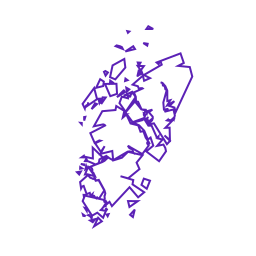 the district of Kepulauan Aru, Maluku, Indonesia, rotated 194°
{"feature_id": "22746128B17511076551422", "entity_name": "Kepulauan Aru", "entity_type": "district", "adm_level": 2, "iso_a3": "IDN", "parent_name": "Indonesia", "parent_adm1": "Maluku", "projection": "mercator", "projection_center": [134.564, -6.213], "detail": "fine", "context": "isolated", "style": "outline", "palette": "violet", "viewbox_px": 256, "rotation_deg": 194, "n_neighbors": 0, "source": "geoboundaries", "source_scale": "gbopen_adm2", "svg_char_len": 5962}
<svg xmlns="http://www.w3.org/2000/svg" viewBox="0 0 256 256"><g transform="rotate(194 128 128)"><path d="M86.3,121.7L84.1,125.7L90.8,129.6L84.4,126.4L87.7,138.4L91.8,137.2L85.8,147.5L86.6,147.5L87.8,146.0L88.8,145.3L89.5,145.0L90.5,144.9L90.8,145.3L91.1,145.7L91.2,145.4L91.2,145.1L91.4,144.8L91.6,144.8L92.0,144.8L91.2,145.8L88.2,145.8L86.3,148.7L85.6,147.8L85.6,151.6L88.4,157.0L96.5,152.6L93.5,156.3L97.6,154.6L99.9,161.3L99.6,174.3L101.1,174.6L102.6,177.5L104.4,177.7L105.4,179.9L107.4,180.2L105.5,180.1L101.9,177.6L98.9,173.7L96.4,163.7L93.7,165.2L95.4,159.6L89.5,165.2L93.2,159.4L87.9,159.1L85.6,155.0L78.1,193.5L82.8,202.1L94.4,200.4L89.6,204.6L95.1,213.1L116.1,198.5L113.8,197.3L113.3,199.6L113.0,200.1L112.4,200.3L110.6,197.6L125.4,183.3L118.7,181.7L123.8,177.7L126.2,182.4L134.0,171.2L128.5,170.9L127.1,168.9L125.1,169.8L123.7,170.1L123.3,169.9L130.9,164.0L128.0,160.2L126.7,155.8L124.6,155.9L119.3,149.3L115.1,150.0L113.2,147.1L113.1,149.2L108.8,151.7L111.6,148.3L106.8,145.0L106.3,143.5L106.5,141.3L108.2,138.3L107.5,137.1L104.0,138.8L86.3,121.7ZM137.7,101.9L134.6,93.2L122.6,105.0L120.8,105.7L119.7,105.7L116.6,105.0L118.7,108.3L119.0,108.5L120.4,108.5L121.5,108.8L121.9,109.0L122.1,109.6L122.3,109.3L123.9,110.7L107.8,106.2L103.7,115.9L105.6,117.6L105.7,118.9L105.1,119.9L108.5,122.9L112.3,128.6L115.0,127.4L118.7,133.0L126.6,133.0L132.8,140.7L135.6,136.8L135.7,143.7L144.7,146.5L144.5,142.4L157.0,138.1L161.5,121.4L153.0,125.5L151.7,125.4L151.0,125.1L150.8,124.9L163.3,113.9L156.8,105.5L152.8,109.0L151.5,109.0L156.2,105.2L148.5,98.2L146.3,104.7L148.5,96.2L137.7,101.9ZM123.6,79.4L115.7,79.2L106.9,90.9L111.3,96.5L107.3,105.1L122.2,104.9L126.7,97.7L134.4,93.0L140.2,94.6L142.8,90.5L144.9,88.6L155.2,81.3L153.3,80.1L152.5,79.0L152.2,77.5L152.4,76.6L150.8,76.2L148.3,73.2L149.0,70.5L147.7,70.9L146.3,69.3L143.8,70.6L135.8,61.9L134.2,59.1L134.2,56.7L134.4,56.4L133.4,53.6L133.6,51.9L132.9,50.9L131.9,51.8L130.9,50.7L130.9,47.9L128.1,51.9L124.7,48.3L112.2,70.9L101.4,63.2L96.7,69.6L110.0,74.4L110.3,78.8L123.6,79.4ZM89.8,103.3L85.5,114.6L87.0,117.7L89.6,120.5L95.4,117.7L91.7,125.2L97.2,125.1L105.7,136.0L108.8,135.2L114.5,140.7L116.1,139.0L124.3,134.5L117.9,133.3L111.5,129.2L105.9,121.6L103.8,124.2L99.2,117.0L104.6,109.7L89.8,103.3ZM139.0,52.6L135.9,61.7L143.9,70.3L146.6,69.0L147.9,70.7L148.3,70.2L152.6,70.6L155.5,72.6L161.4,64.0L158.9,58.0L158.5,60.0L157.0,61.1L152.1,53.8L149.4,55.8L148.0,53.2L146.7,55.1L146.8,54.0L144.5,54.0L142.8,52.4L141.4,53.1L141.2,52.3L140.6,52.8L139.0,52.6ZM133.8,43.0L132.7,45.6L131.0,50.6L133.1,50.7L134.0,52.4L153.5,52.0L154.3,46.1L141.7,34.2L137.3,38.4L130.4,34.9L129.4,42.7L132.2,41.9L133.8,42.9L134.2,41.8L134.6,41.8L133.8,43.0ZM124.9,134.8L114.7,141.6L114.5,143.3L115.0,143.6L115.8,144.5L116.0,145.2L116.1,145.8L115.9,146.6L115.4,147.5L115.4,148.1L114.9,148.6L115.0,149.3L119.6,149.3L127.7,155.4L134.2,142.5L124.9,134.8ZM157.7,173.0L152.1,172.1L145.2,186.0L148.3,194.1L158.1,185.0L157.7,173.0ZM142.3,150.1L134.2,143.2L128.1,159.9L131.9,163.3L133.5,161.0L133.3,160.1L133.4,159.4L133.6,159.1L134.0,158.8L136.0,159.4L135.2,156.8L141.6,156.9L142.3,150.1ZM174.5,137.7L165.0,148.5L170.5,158.6L177.9,140.4L174.6,136.4L174.7,138.0L173.8,140.0L172.6,140.9L172.9,143.3L172.4,140.7L174.5,137.7ZM159.6,86.2L150.5,84.8L147.4,87.4L147.9,88.0L148.1,90.6L145.4,93.4L157.5,100.4L154.7,89.9L162.1,89.7L159.6,86.2ZM161.0,165.2L152.9,154.6L146.9,158.5L149.9,168.1L161.0,165.2ZM156.2,73.3L148.6,73.2L157.3,80.6L158.5,72.5L156.2,73.3ZM95.1,73.6L93.9,82.2L100.4,82.7L101.2,76.1L95.1,73.6ZM135.3,33.7L137.1,24.4L130.8,31.1L135.3,33.7ZM110.3,57.1L107.5,51.7L100.8,59.4L110.3,57.1ZM168.6,159.3L162.2,162.7L162.7,167.2L166.8,168.6L168.6,159.3ZM140.1,158.3L136.7,159.8L133.7,159.1L133.6,161.0L132.0,164.7L140.1,158.3ZM141.3,163.4L146.2,155.3L139.6,162.1L139.8,162.2L140.3,162.6L140.7,163.3L141.3,163.4ZM144.9,91.9L145.4,88.5L140.6,95.0L142.4,95.7L144.9,91.9ZM101.7,50.5L105.0,44.3L101.7,42.8L101.7,50.5ZM133.7,190.6L129.6,187.0L127.6,191.9L133.7,190.6ZM166.0,144.0L167.9,137.5L163.9,143.7L166.0,144.0ZM157.0,152.2L160.0,151.6L159.8,144.8L157.0,152.2ZM134.1,228.5L127.5,230.2L132.9,231.6L134.1,228.5ZM142.7,208.6L149.1,201.6L140.3,206.3L142.7,208.6ZM106.5,143.3L109.2,139.6L108.5,138.8L106.5,143.3ZM139.4,166.7L137.9,162.9L136.1,165.8L139.4,166.7ZM131.5,186.1L131.4,180.2L129.3,185.4L131.5,186.1ZM162.4,173.4L160.9,177.0L163.8,177.8L164.9,176.7L162.4,173.4ZM134.4,193.9L132.6,190.9L131.7,194.4L134.4,193.9ZM142.4,29.1L139.4,28.1L137.7,31.7L142.4,29.1ZM161.2,150.0L163.8,149.2L161.8,145.6L161.2,150.0ZM166.8,72.8L164.1,71.1L163.2,74.4L166.8,72.8ZM133.7,214.1L129.3,212.6L129.3,214.5L133.7,214.1ZM127.8,38.9L126.4,37.5L126.0,39.7L127.8,38.9ZM110.7,138.5L107.4,136.0L111.0,140.9L110.7,138.5ZM159.8,204.4L152.1,203.4L153.5,205.0L155.4,205.4L159.0,205.4L159.8,204.4ZM156.7,169.7L156.3,166.6L153.9,168.6L156.7,169.7ZM140.0,174.3L142.4,175.3L142.2,172.9L140.0,174.3ZM165.1,81.7L161.3,81.4L161.4,82.1L165.1,81.7ZM173.2,128.0L172.3,124.6L172.1,128.5L173.2,128.0ZM143.5,33.3L141.5,31.5L141.5,32.7L143.5,33.3ZM105.6,118.5L102.9,117.7L105.0,119.8L105.6,118.5ZM148.5,39.9L150.6,40.0L148.0,37.5L148.5,39.9ZM111.5,142.3L113.7,141.0L111.8,139.9L111.5,142.3ZM114.2,145.4L116.0,145.9L114.6,143.4L114.2,145.4ZM128.3,185.9L129.5,182.6L127.2,184.3L128.3,185.9ZM143.4,95.0L145.1,93.2L145.2,92.0L143.4,95.0ZM165.9,88.3L163.3,88.9L164.1,90.4L165.9,88.3ZM133.0,140.8L134.8,140.3L135.5,138.2L133.0,140.8ZM150.1,221.9L152.1,221.8L151.1,220.4L150.1,221.9ZM150.1,31.9L147.9,32.2L150.9,33.3L150.1,31.9ZM154.9,52.4L153.9,50.0L153.5,52.7L154.9,52.4ZM175.4,121.5L173.8,120.4L174.1,121.7L175.4,121.5ZM130.2,44.9L129.1,42.8L128.7,43.9L130.2,44.9ZM159.2,80.3L159.3,77.9L158.5,78.9L159.2,80.3ZM164.6,76.9L162.7,77.7L164.9,78.5L164.6,76.9ZM132.0,46.3L130.0,46.9L131.2,47.1L132.0,46.3ZM161.7,85.5L159.7,85.9L161.3,87.0L161.7,85.5ZM96.4,127.2L97.3,125.8L96.3,125.9L96.4,127.2ZM145.6,33.7L144.0,33.4L144.9,34.2L145.6,33.7Z" fill="none" stroke="#5b21b6" stroke-width="2"/></g></svg>